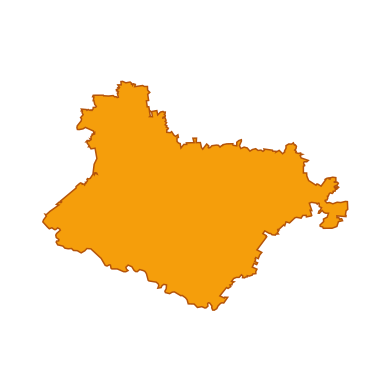 Tihuatlán, Veracruz, Mexico (Robinson projection), rotated 81°
{"feature_id": "50627088B14039752645412", "entity_name": "Tihuatlán", "entity_type": "district", "adm_level": 2, "iso_a3": "MEX", "parent_name": "Mexico", "parent_adm1": "Veracruz", "projection": "robinson", "projection_center": [-97.558, 20.676], "detail": "fine", "context": "isolated", "style": "filled", "palette": "amber", "viewbox_px": 384, "rotation_deg": 81, "n_neighbors": 0, "source": "geoboundaries", "source_scale": "gbopen_adm2", "svg_char_len": 5981}
<svg xmlns="http://www.w3.org/2000/svg" viewBox="0 0 384 384"><g transform="rotate(81 192 192)"><path d="M82.5,264.5L81.0,274.4L82.4,275.3L82.8,274.0L86.3,275.3L86.4,274.6L90.2,274.4L92.5,273.1L93.3,273.9L93.0,276.3L94.7,276.8L95.8,278.1L95.0,278.9L95.5,279.9L94.2,281.7L94.9,283.0L94.0,283.5L92.8,288.3L93.8,288.0L94.6,288.7L95.0,287.6L96.5,288.2L98.6,287.4L101.1,290.4L102.5,289.6L104.5,290.4L108.7,295.0L110.5,295.6L112.3,295.4L112.7,293.7L112.6,289.8L111.5,287.2L116.3,279.9L118.2,279.7L117.9,278.8L119.5,279.1L119.7,280.7L119.0,280.4L119.3,281.7L120.4,281.7L121.4,283.1L124.2,283.4L123.8,284.1L124.4,283.8L125.1,284.6L125.0,285.9L125.5,285.9L124.7,287.4L125.9,288.8L126.1,287.5L127.3,287.9L130.2,286.3L131.1,287.1L131.2,286.1L133.6,285.0L133.6,280.9L144.1,280.7L149.3,284.3L158.0,286.8L157.9,284.0L158.5,283.1L159.4,282.9L158.1,284.6L159.7,285.8L158.5,286.0L158.4,286.6L162.6,290.4L162.9,292.3L162.4,293.1L163.2,293.8L164.6,293.4L166.0,295.0L165.8,295.7L166.9,295.6L167.0,296.4L168.3,297.0L167.2,297.8L167.2,299.2L166.5,299.1L165.6,300.5L166.0,301.7L168.5,305.7L169.9,305.8L180.3,323.2L181.4,322.3L182.0,323.1L181.1,324.7L183.0,327.8L184.0,325.5L188.8,335.2L191.6,339.5L191.1,340.5L193.1,339.7L196.3,343.0L198.2,344.0L203.9,340.3L206.0,338.7L205.4,336.0L207.6,333.7L207.8,332.6L206.4,330.3L207.8,328.5L209.1,328.0L211.8,332.2L213.3,333.3L215.8,333.2L218.1,330.9L219.4,331.4L219.3,333.4L220.3,334.0L223.2,332.9L225.2,328.0L227.6,326.3L228.7,323.2L229.0,319.8L231.2,318.2L232.0,314.5L234.8,311.0L233.3,307.1L231.4,304.7L232.3,300.8L243.4,292.1L250.9,289.2L251.8,287.5L251.0,285.0L251.4,284.0L254.6,283.9L255.4,283.2L256.3,277.8L260.0,272.0L260.4,269.9L259.6,267.5L257.9,268.8L256.0,269.1L254.2,266.5L256.4,263.1L260.3,261.5L261.8,260.1L262.1,258.5L260.4,255.8L262.0,252.4L263.1,250.9L265.5,249.8L272.3,249.1L273.1,248.4L275.4,241.5L277.5,239.7L279.3,239.5L281.6,240.8L281.6,237.5L279.8,236.3L278.8,234.3L279.8,231.7L283.5,232.6L285.7,234.3L287.2,234.0L288.9,230.0L287.8,227.2L287.9,225.0L292.7,219.2L292.6,217.9L295.4,215.0L297.7,213.7L301.9,213.2L303.0,207.4L306.9,204.7L306.8,200.2L308.6,197.4L308.6,196.2L307.2,194.1L304.6,194.0L304.0,193.1L304.4,191.9L307.7,190.2L309.5,190.6L311.8,190.1L312.2,188.5L311.1,185.8L308.6,184.1L306.5,181.3L306.1,179.9L306.6,178.0L301.6,173.2L301.0,176.3L301.7,176.7L299.0,180.8L291.8,172.9L292.9,171.5L291.5,168.5L289.8,169.1L289.9,167.1L288.1,166.3L287.3,164.5L286.4,166.9L284.0,164.4L283.3,161.6L283.7,158.8L281.5,156.1L283.1,154.9L284.5,155.5L285.0,153.4L284.4,152.6L284.4,150.6L283.3,150.5L284.0,148.6L283.5,145.5L282.5,144.9L282.6,141.7L280.6,141.5L278.4,139.9L275.6,144.2L272.2,142.0L273.8,139.5L272.2,138.3L270.5,140.9L268.9,139.7L267.8,140.1L266.7,139.3L268.2,137.0L264.7,134.9L262.6,132.5L259.3,136.9L248.0,125.3L247.7,125.9L246.7,125.5L244.2,128.5L241.8,126.2L245.0,122.1L245.3,120.8L246.8,119.6L247.6,116.4L246.7,115.6L246.9,113.3L245.6,114.1L244.2,112.8L243.2,113.2L243.1,112.2L242.4,112.7L242.3,111.7L238.9,106.6L239.8,105.7L236.2,103.8L237.8,100.5L233.6,94.4L233.4,92.7L234.9,88.3L232.5,86.3L232.9,82.9L234.5,82.9L234.3,78.0L233.9,77.4L228.6,78.2L229.1,76.6L221.4,77.9L220.9,75.5L222.4,71.0L223.6,70.2L222.7,69.1L223.1,68.2L226.3,68.6L227.7,66.5L230.1,68.3L230.7,69.6L232.7,70.5L232.9,69.5L230.6,66.4L232.9,64.8L233.9,63.1L234.3,60.5L238.0,62.4L239.3,66.4L241.8,66.6L244.6,70.7L246.0,70.7L247.0,68.4L248.4,68.0L249.7,59.2L248.7,54.3L244.2,52.0L243.9,47.8L242.0,48.3L241.6,48.9L242.2,50.4L240.3,51.0L240.0,52.8L238.2,52.6L240.4,43.8L239.2,43.5L238.8,44.1L234.7,42.8L233.5,40.9L225.8,40.0L225.3,41.9L225.7,46.7L224.8,50.3L225.7,54.7L223.8,58.1L224.0,60.4L221.6,62.0L221.0,61.7L221.0,59.9L219.2,58.8L217.4,58.9L217.4,58.0L215.0,56.6L214.5,55.4L215.4,53.8L214.6,52.6L213.4,52.5L213.5,50.5L211.5,49.8L212.0,48.8L210.3,46.4L209.2,47.6L210.8,49.6L210.0,50.6L209.4,49.9L208.7,50.4L207.8,47.4L206.2,46.1L205.0,47.1L204.5,50.5L203.9,48.2L200.3,47.7L199.4,50.7L199.6,53.4L200.8,53.6L200.6,54.5L199.5,54.6L199.5,56.5L200.3,58.5L200.8,58.0L206.4,63.6L203.9,66.5L203.6,67.4L204.7,68.5L198.9,75.0L194.2,76.1L191.2,75.8L190.6,79.0L183.8,77.9L183.7,76.7L183.1,76.5L181.8,77.3L180.2,77.0L179.7,76.3L180.1,73.9L179.0,72.2L175.4,78.9L172.7,79.5L172.1,77.0L171.4,78.6L170.5,78.6L170.5,81.1L169.3,83.3L168.1,82.7L166.7,84.0L165.6,82.6L163.2,81.7L161.6,82.6L161.6,83.5L159.3,84.2L160.3,86.1L159.7,88.9L160.9,91.9L163.5,92.3L166.1,94.3L166.9,94.1L168.4,96.5L164.5,99.4L165.7,102.6L165.1,102.2L164.3,105.9L163.3,106.0L160.8,114.2L162.1,114.0L163.0,115.6L161.4,117.3L161.3,120.3L159.2,122.3L159.5,125.7L160.7,128.4L157.1,130.6L155.8,133.5L156.7,137.0L153.6,137.9L149.4,135.2L148.1,135.1L148.5,137.7L149.9,140.0L153.4,140.6L152.4,143.8L151.7,144.4L150.7,144.1L149.9,150.2L150.1,154.1L150.9,154.5L150.8,155.5L152.0,157.3L150.0,158.6L149.5,160.5L149.4,165.1L150.9,167.0L151.1,168.6L150.7,169.0L149.2,168.2L146.9,170.0L151.4,174.7L149.5,175.7L144.5,176.0L143.9,180.1L139.5,179.1L139.0,182.7L143.6,182.2L142.6,189.9L144.2,189.8L143.7,192.6L146.8,196.0L142.3,196.1L141.6,197.6L139.8,198.9L136.3,198.4L136.0,196.9L133.3,197.0L134.5,199.5L133.0,201.0L129.2,202.7L130.0,204.1L129.1,207.6L126.6,207.2L126.5,206.3L125.3,205.4L123.8,207.3L122.8,206.4L121.4,208.0L119.4,206.2L118.1,207.5L117.1,206.4L114.1,207.1L114.4,209.2L113.7,209.0L113.2,206.7L112.3,206.4L110.9,207.2L110.6,206.4L108.9,205.9L108.6,207.6L107.9,208.0L108.1,210.6L110.5,213.8L106.1,214.0L106.2,219.3L111.5,219.3L110.9,222.0L110.4,221.3L106.4,221.4L106.3,220.7L105.6,220.6L105.7,221.3L101.0,221.3L100.9,222.9L94.8,222.8L94.8,220.5L88.6,220.5L87.0,218.1L84.5,219.9L80.8,219.5L80.3,222.6L79.1,224.1L79.0,232.1L76.9,231.1L76.0,232.9L77.2,233.9L76.0,234.0L76.1,234.9L75.0,234.8L73.7,235.9L73.8,240.3L71.9,243.2L71.8,244.9L75.1,245.2L74.6,248.5L77.2,247.4L77.3,248.8L78.4,248.1L79.0,250.7L80.2,250.7L80.0,250.0L81.3,249.1L81.4,249.6L82.7,249.4L82.8,250.3L86.9,249.9L87.0,251.2L85.9,252.1L85.9,253.5L84.4,254.8L84.2,259.3L83.1,264.3L82.5,264.5Z" fill="#f59e0b" stroke="#b45309" stroke-width="1.5"/></g></svg>